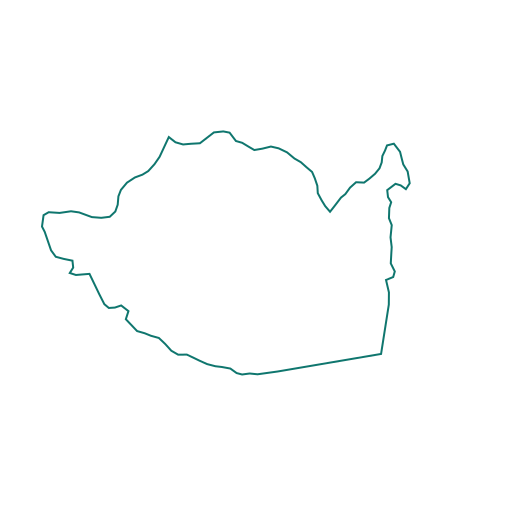 outline of Prata, Paraíba, Brazil, rotated 61°
{"feature_id": "56859067B2509544079783", "entity_name": "Prata", "entity_type": "district", "adm_level": 2, "iso_a3": "BRA", "parent_name": "Brazil", "parent_adm1": "Paraíba", "projection": "orthographic", "projection_center": [-37.099, -7.688], "detail": "fine", "context": "isolated", "style": "outline", "palette": "teal", "viewbox_px": 512, "rotation_deg": 61, "n_neighbors": 0, "source": "geoboundaries", "source_scale": "gbopen_adm2", "svg_char_len": 1592}
<svg xmlns="http://www.w3.org/2000/svg" viewBox="0 0 512 512"><g transform="rotate(61 256 256)"><path d="M224.6,81.0L222.8,87.8L226.3,92.0L229.8,97.0L235.1,100.7L239.2,105.5L241.8,112.0L243.3,119.3L244.2,125.9L240.0,132.7L241.8,140.6L245.2,147.9L246.1,153.3L250.6,163.6L253.2,169.8L245.9,171.3L239.2,171.6L231.0,171.5L224.3,168.3L216.6,166.9L209.7,166.2L202.3,169.0L195.7,171.3L189.4,175.1L180.4,178.6L172.8,184.0L167.5,189.9L165.2,198.4L162.5,206.1L156.4,209.7L150.3,213.2L145.7,217.8L135.3,219.3L131.2,224.2L127.5,232.9L130.2,250.4L126.1,258.9L123.1,265.7L117.5,271.3L109.7,274.6L122.5,292.2L126.5,300.3L129.5,309.1L129.8,315.9L128.6,323.8L129.3,333.3L132.7,342.1L137.1,347.4L144.1,352.1L148.9,357.5L150.8,364.9L147.6,372.8L142.4,380.7L132.1,389.6L127.2,396.1L123.1,406.9L117.2,416.1L117.3,422.0L126.5,428.9L132.5,429.1L151.7,432.5L159.6,431.5L165.3,425.6L171.1,418.8L177.5,421.5L180.6,427.1L185.3,422.7L190.9,410.3L213.4,411.6L224.6,412.0L230.1,409.9L232.7,404.4L233.9,397.9L242.4,394.3L248.2,400.5L258.2,397.9L264.0,396.4L269.6,390.8L274.8,386.6L280.6,380.7L288.8,378.1L297.8,376.0L304.6,371.9L308.7,364.3L315.4,359.5L320.1,356.2L326.8,351.2L332.7,345.0L336.5,339.7L342.0,333.0L349.0,329.7L352.9,325.6L355.7,318.5L360.2,312.0L367.5,293.1L402.3,194.1L362.9,163.4L352.3,157.4L340.0,153.9L340.9,146.2L336.8,142.1L327.8,141.7L319.5,136.5L314.0,133.0L304.9,129.3L294.8,122.3L287.4,121.4L278.6,116.1L274.5,111.7L268.5,112.0L262.0,109.3L260.5,99.0L264.4,95.2L270.2,92.5L266.9,86.3L255.6,82.4L247.3,82.8L241.8,81.4L234.7,79.5L224.6,81.0Z" fill="none" stroke="#0f766e" stroke-width="2"/></g></svg>